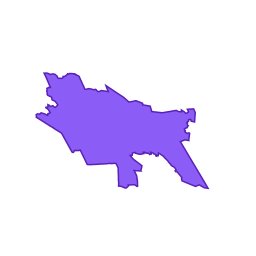 Tilžas pag., Balvu, Latvia, rotated 35°
{"feature_id": "27541924B42747545330517", "entity_name": "Tilžas pag.", "entity_type": "district", "adm_level": 2, "iso_a3": "LVA", "parent_name": "Latvia", "parent_adm1": "Balvu", "projection": "equal_earth", "projection_center": [27.384, 56.906], "detail": "fine", "context": "isolated", "style": "filled", "palette": "violet", "viewbox_px": 256, "rotation_deg": 35, "n_neighbors": 0, "source": "geoboundaries", "source_scale": "gbopen_adm2", "svg_char_len": 5236}
<svg xmlns="http://www.w3.org/2000/svg" viewBox="0 0 256 256"><g transform="rotate(35 128 128)"><path d="M153.6,181.0L154.9,180.3L155.6,179.8L160.0,178.8L160.4,178.6L161.1,178.0L161.7,174.4L161.4,174.3L161.2,174.3L161.3,174.2L162.0,173.7L165.9,170.7L168.9,170.7L169.3,170.3L169.2,170.1L169.1,169.9L168.3,169.0L167.6,168.0L166.3,166.2L165.0,164.8L164.9,164.8L164.9,164.7L164.6,164.4L164.0,163.8L163.6,163.3L162.4,162.1L158.0,159.6L157.9,159.5L157.5,159.3L159.6,158.1L163.2,155.8L162.9,155.7L162.8,155.4L162.8,154.9L162.4,154.1L162.3,153.8L161.1,150.9L150.3,150.5L146.7,149.6L145.6,149.3L146.6,148.5L147.0,148.0L147.1,147.9L146.1,146.2L146.2,145.7L146.7,145.2L147.7,144.0L148.1,144.4L148.4,144.4L151.9,143.2L153.6,142.1L155.6,139.9L154.4,139.2L155.5,138.3L155.8,138.3L156.2,138.5L156.9,138.3L157.6,138.1L157.8,137.6L158.8,137.4L159.2,137.0L159.3,136.9L159.5,136.9L159.8,136.9L161.0,137.3L161.3,136.9L161.2,136.9L161.1,136.7L161.8,136.2L162.0,136.0L161.7,135.6L161.1,134.8L160.8,134.7L161.6,134.3L163.0,134.2L163.8,134.2L164.0,134.4L165.4,134.0L165.9,134.0L166.9,134.9L167.6,134.7L167.1,134.0L168.6,133.5L168.6,133.4L168.5,133.1L167.4,131.0L167.7,131.0L168.0,131.1L168.8,130.9L172.5,130.8L172.9,130.9L173.2,130.9L173.5,131.0L174.8,131.2L175.7,131.5L176.2,131.6L176.7,131.6L177.7,131.8L178.2,131.9L178.9,132.0L180.0,132.3L181.3,132.8L182.2,133.0L182.5,133.1L182.9,133.1L183.3,133.2L183.5,133.2L183.8,133.4L184.3,133.6L184.8,133.8L185.0,133.9L185.3,133.9L186.1,133.8L186.6,133.8L187.3,133.6L189.0,133.7L191.6,134.8L191.6,135.0L191.4,135.3L191.4,135.5L191.4,135.8L191.2,136.1L191.5,136.2L191.8,136.2L192.1,136.2L192.3,136.2L192.4,136.3L192.5,136.2L193.6,135.8L200.4,137.7L201.0,139.0L201.5,139.3L201.7,139.5L202.5,140.3L204.1,140.0L214.3,137.7L215.6,137.4L216.6,137.2L217.0,136.9L218.5,134.4L218.9,133.7L220.5,133.6L224.8,133.2L225.7,132.7L228.2,131.5L223.5,129.3L194.6,116.3L178.7,109.1L179.3,108.3L181.5,105.0L185.0,103.4L184.9,103.3L183.7,101.2L183.4,100.5L182.4,98.7L181.5,96.9L181.2,96.9L180.2,97.5L179.6,98.6L178.6,98.5L178.2,98.6L177.8,98.7L177.7,98.7L176.7,98.3L176.5,98.1L176.7,97.5L176.6,97.4L175.7,97.1L175.1,97.0L174.8,96.7L175.1,95.7L175.3,94.9L176.1,94.3L176.1,93.7L176.2,93.4L175.8,92.7L176.1,91.6L175.0,91.5L174.3,90.9L173.9,89.8L173.6,89.4L173.2,89.7L173.1,88.7L173.7,87.7L173.4,87.2L172.9,86.5L173.8,85.5L174.4,85.0L175.8,86.2L179.1,84.9L176.9,81.2L175.7,79.3L174.3,76.8L170.8,74.7L165.9,78.6L168.2,79.9L167.9,81.7L166.7,82.9L165.0,82.5L161.4,82.6L162.4,84.1L161.5,84.7L160.2,85.5L157.3,86.0L151.8,91.5L149.4,93.8L148.4,94.8L147.4,95.8L141.1,99.3L138.0,100.9L133.7,97.4L132.7,97.8L132.1,98.1L126.7,100.6L125.8,99.4L124.7,99.6L122.4,100.2L118.8,101.1L116.3,103.8L115.6,104.5L115.1,105.0L113.9,106.2L110.5,105.8L107.7,105.5L107.1,105.4L102.7,105.5L100.1,105.6L96.4,105.7L94.4,105.7L90.8,105.8L85.6,105.9L87.4,107.2L89.9,108.8L90.9,109.5L84.5,112.7L83.7,114.5L82.0,115.5L79.7,114.9L79.3,114.9L78.2,116.1L78.0,116.3L76.2,116.9L73.3,118.2L72.8,118.7L71.9,119.9L70.4,121.0L69.3,120.3L67.3,119.0L67.1,119.0L65.2,117.9L64.4,117.4L63.8,117.0L61.9,115.9L58.2,113.7L54.2,114.4L54.4,114.1L53.3,114.2L50.7,115.7L49.0,116.7L48.6,117.7L47.4,118.2L47.7,118.6L46.6,122.0L45.3,123.0L45.8,123.4L45.7,124.5L45.6,125.0L43.2,126.7L42.7,127.2L41.7,127.3L40.3,126.2L37.2,125.9L36.9,126.2L36.6,126.4L35.7,126.6L35.2,126.9L33.7,128.7L32.3,128.9L30.6,129.3L29.6,129.8L28.6,130.6L27.8,131.2L30.6,132.7L41.2,139.3L39.7,140.3L39.7,140.6L38.8,142.0L39.6,143.0L39.8,143.3L40.4,144.5L41.7,145.5L42.1,146.2L42.3,146.7L43.1,147.1L43.3,147.2L43.7,147.2L47.5,146.6L48.0,146.8L48.4,147.1L49.2,148.2L49.4,148.4L49.5,148.4L50.1,148.4L50.7,148.4L51.1,148.3L51.6,148.2L52.5,147.9L52.8,147.9L55.5,148.7L56.5,149.1L57.0,149.2L57.2,149.4L57.3,149.6L56.7,152.6L56.5,152.9L56.4,152.9L56.1,153.1L55.9,153.1L55.7,153.1L54.0,152.9L53.7,152.8L53.3,153.1L53.2,153.4L52.8,154.1L52.7,154.3L52.4,154.6L52.2,154.7L52.0,154.8L51.8,154.8L50.7,154.6L49.9,154.5L49.4,154.9L49.3,155.0L49.2,155.0L49.3,155.1L49.4,155.3L49.4,155.5L50.1,156.2L50.3,156.4L50.4,156.5L50.3,156.8L50.2,156.9L48.8,158.1L48.9,158.3L49.1,158.4L49.4,158.6L49.7,158.6L50.1,158.5L50.6,158.5L52.0,158.6L55.3,159.9L55.5,160.0L55.4,160.5L54.2,162.0L54.2,162.4L55.0,163.5L54.9,163.7L54.7,163.9L54.3,164.0L52.7,164.0L48.4,165.3L48.1,165.4L47.9,166.9L47.7,167.1L47.0,167.6L46.9,167.7L45.7,168.4L45.1,169.7L45.1,169.8L45.6,170.3L46.8,171.5L46.8,171.8L52.2,171.5L61.2,171.1L62.5,171.1L65.5,170.8L66.1,170.8L66.7,170.6L67.4,170.9L67.5,170.8L70.4,170.7L74.6,170.4L76.6,170.4L77.3,170.7L78.3,171.2L88.5,176.2L89.7,176.8L95.7,179.7L96.4,179.9L96.6,179.7L97.3,179.2L97.3,178.6L97.2,178.1L97.0,177.7L97.3,176.9L97.6,176.6L98.3,176.5L98.5,176.4L98.7,176.1L98.7,175.9L98.8,175.8L98.9,175.7L99.1,175.6L99.7,175.4L99.9,175.2L100.1,175.1L100.4,174.8L100.8,174.5L101.0,174.3L101.4,173.5L101.7,173.5L106.2,176.1L106.8,176.4L106.9,176.5L109.2,177.7L113.2,180.0L114.9,180.9L115.0,181.0L115.5,181.3L116.1,180.9L116.8,180.5L118.0,179.8L118.8,179.1L119.5,178.6L121.0,177.4L123.6,175.4L125.8,173.6L129.8,170.5L130.3,170.1L134.1,166.9L134.7,166.8L137.2,164.7L138.4,163.9L141.2,165.4L143.0,166.5L143.5,167.3L145.5,170.0L147.6,172.7L149.3,175.1L150.1,176.3L151.4,177.7L153.6,181.0Z" fill="#8b5cf6" stroke="#5b21b6" stroke-width="1.5"/></g></svg>